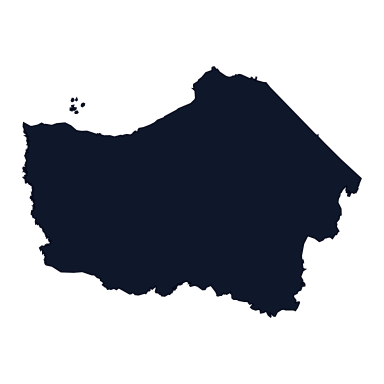 Rembang, Jawa Tengah, Indonesia
{"feature_id": "22746128B94981829239468", "entity_name": "Rembang", "entity_type": "district", "adm_level": 2, "iso_a3": "IDN", "parent_name": "Indonesia", "parent_adm1": "Jawa Tengah", "projection": "robinson", "projection_center": [111.414, -6.77], "detail": "fine", "context": "isolated", "style": "filled", "palette": "ink", "viewbox_px": 384, "rotation_deg": 0, "n_neighbors": 0, "source": "geoboundaries", "source_scale": "gbopen_adm2", "svg_char_len": 5866}
<svg xmlns="http://www.w3.org/2000/svg" viewBox="0 0 384 384"><path d="M275.1,316.1L277.1,312.1L281.4,309.4L283.3,309.0L285.7,309.7L293.5,309.7L295.3,310.5L297.3,307.5L299.3,302.8L299.0,302.0L295.4,302.8L295.7,300.2L293.3,297.1L293.6,294.8L297.1,293.2L297.2,292.1L298.6,290.7L300.7,290.0L301.9,286.2L304.7,285.8L304.7,284.1L303.4,282.4L301.5,283.5L302.6,280.3L300.5,276.7L302.8,270.8L305.1,269.3L303.4,269.0L302.7,267.8L302.0,262.9L303.4,262.7L303.0,260.3L302.2,260.4L301.4,258.5L301.3,255.5L303.5,243.7L307.6,235.5L315.0,238.1L319.4,241.4L323.0,239.8L324.6,237.8L326.4,237.7L328.2,236.7L329.0,237.1L329.8,236.4L332.4,238.5L335.0,234.5L336.5,234.4L337.6,232.0L338.7,231.2L336.2,226.8L336.7,224.1L335.7,223.0L338.9,219.0L339.5,215.4L341.0,214.9L340.8,208.8L337.7,202.6L338.2,198.6L339.6,196.0L340.1,192.8L341.1,192.2L342.4,189.7L345.0,186.9L346.5,186.2L346.8,186.9L346.0,190.1L346.5,190.4L346.5,192.3L347.4,192.7L348.8,191.1L349.2,191.5L347.7,195.4L348.0,195.9L349.5,196.1L350.7,192.8L352.3,192.3L353.9,193.2L355.0,192.4L355.8,192.6L357.9,188.7L357.4,187.5L358.8,184.8L358.4,183.2L359.0,183.4L361.0,178.5L340.4,159.5L323.6,142.8L317.8,136.7L317.8,135.2L317.0,135.8L315.1,134.4L269.7,87.6L265.9,82.8L263.8,82.8L255.7,80.6L256.5,77.4L256.2,77.3L255.5,80.2L255.0,80.1L255.2,78.9L254.9,79.7L253.8,79.4L252.0,78.7L252.1,77.8L251.4,77.5L251.1,78.5L249.8,78.9L241.2,75.0L238.9,74.6L237.5,75.3L235.6,75.0L235.0,76.3L232.7,76.3L231.6,77.1L229.2,77.5L226.1,76.7L219.5,72.3L217.3,69.3L215.8,69.5L214.4,67.1L213.1,67.1L212.2,67.8L212.2,70.6L206.0,72.8L202.0,77.6L198.8,80.0L198.2,81.6L193.9,84.3L193.7,86.3L194.2,88.2L194.1,88.9L193.2,88.8L195.2,90.6L195.7,98.0L195.1,99.6L190.9,103.7L178.5,108.9L176.7,110.4L164.7,116.8L164.2,117.8L157.6,120.3L154.9,122.8L150.3,125.2L143.6,127.8L139.1,128.6L139.3,129.2L138.2,130.0L138.1,131.8L135.8,132.3L135.7,131.4L135.1,131.3L133.2,133.0L133.3,133.5L130.6,135.2L126.7,134.7L123.3,135.5L123.2,136.2L120.7,135.5L114.4,137.2L110.1,135.9L104.0,136.0L100.2,134.8L100.4,134.1L99.5,133.8L99.3,134.4L97.3,133.9L96.6,135.3L95.3,134.1L87.0,131.4L81.5,131.6L76.4,130.8L70.8,126.0L65.0,123.1L56.6,123.9L51.8,125.6L45.6,124.5L44.7,124.9L41.6,123.3L38.1,125.2L31.9,126.6L30.2,126.5L23.7,122.9L23.3,126.4L24.5,129.3L24.0,132.0L25.0,133.1L25.6,131.9L26.1,133.5L26.9,133.7L26.5,135.1L25.4,135.6L27.7,136.2L26.5,136.7L27.9,138.0L27.2,138.8L27.9,139.7L27.1,140.7L28.3,141.1L28.7,140.4L29.5,141.1L28.2,142.1L27.2,141.3L27.9,143.9L27.3,144.6L28.6,144.8L28.7,145.7L29.8,146.3L28.3,145.7L28.3,148.7L27.3,149.1L27.6,150.2L26.4,150.3L27.5,152.2L26.3,152.1L25.8,153.3L26.2,153.8L24.9,155.6L26.9,160.6L25.8,162.8L26.1,163.8L25.3,164.2L25.2,165.7L26.1,165.9L25.9,167.1L24.9,168.0L23.7,167.3L23.0,168.0L23.2,169.0L24.2,169.8L23.6,171.2L24.5,170.8L24.9,171.5L25.8,170.0L25.8,171.1L26.9,171.5L25.8,172.5L27.0,172.7L26.3,174.1L27.0,175.1L24.9,175.6L25.4,176.9L23.4,177.4L26.3,180.3L25.4,180.7L25.7,183.4L26.2,182.0L26.9,182.4L27.7,181.8L29.4,183.4L29.0,183.7L29.5,184.2L31.0,183.9L30.8,185.0L32.4,185.7L32.3,186.7L33.1,187.1L32.3,188.1L33.5,189.4L32.6,189.9L32.8,192.2L32.1,192.3L32.6,192.7L31.9,193.3L32.2,195.5L32.8,195.8L31.8,196.8L30.9,196.5L30.4,197.9L31.6,199.2L32.0,198.5L32.0,200.0L33.2,199.4L34.2,200.7L33.2,201.0L33.2,201.7L34.6,203.3L33.7,204.5L34.0,205.6L32.9,205.9L34.8,207.5L34.1,208.5L33.3,208.1L33.2,210.5L31.8,210.9L31.4,214.2L32.9,215.4L32.9,217.0L36.1,218.8L35.5,221.5L35.8,223.8L36.8,223.0L37.5,224.4L38.8,223.8L40.4,227.1L42.0,227.2L42.5,228.8L43.7,229.4L43.0,230.2L43.5,231.6L44.8,232.3L45.3,234.0L45.9,234.1L45.9,236.1L47.0,236.5L46.7,237.9L48.9,237.5L49.4,239.0L48.7,239.5L49.3,241.2L50.7,240.9L50.2,241.5L50.5,243.4L48.6,244.8L48.2,244.4L48.0,245.2L47.2,244.7L47.3,245.3L46.5,245.7L45.3,244.5L45.6,245.3L44.2,246.7L42.0,246.1L39.7,247.9L40.7,250.1L41.1,249.3L42.6,250.1L42.8,253.7L44.1,253.1L44.9,254.2L44.6,255.3L45.7,256.7L44.9,258.4L45.1,259.7L44.4,260.0L45.9,262.4L44.9,262.4L45.3,263.8L46.3,264.8L52.1,266.0L61.0,271.7L73.9,272.1L82.3,271.4L91.7,274.6L94.5,274.7L97.3,277.4L100.5,278.4L100.7,280.4L103.5,282.2L103.7,283.5L102.6,284.8L105.3,286.9L106.1,286.7L107.6,289.2L109.4,288.7L110.8,289.3L113.9,288.1L116.5,289.5L118.3,287.9L119.4,288.0L129.6,293.8L131.1,293.6L132.1,292.6L134.5,293.3L135.0,294.4L138.4,294.8L144.7,293.0L145.8,293.5L147.7,290.6L149.1,290.8L149.9,290.1L149.9,288.2L151.2,288.0L152.2,289.1L155.5,286.2L156.5,287.8L155.5,291.5L156.0,292.5L158.5,292.8L159.9,294.2L160.7,293.9L161.7,295.7L164.8,296.0L168.1,294.0L169.7,294.3L170.6,293.0L171.8,292.7L173.4,289.4L172.5,288.0L173.4,287.7L174.5,289.8L175.0,289.7L175.1,288.9L176.4,287.9L175.3,286.5L176.6,286.4L178.0,284.1L178.5,284.0L178.4,284.7L179.3,284.1L179.9,284.8L181.1,284.4L181.4,284.1L180.8,283.8L182.1,283.7L182.0,283.0L186.1,281.0L189.5,282.5L188.9,283.4L190.5,283.1L189.8,285.5L190.5,286.2L194.5,285.1L197.5,285.9L202.6,289.6L205.0,289.4L206.3,287.1L211.0,285.2L215.9,291.7L217.1,294.3L217.0,295.5L218.2,295.9L219.8,295.1L221.3,295.3L223.5,293.2L224.3,293.9L225.9,293.6L226.7,294.2L230.4,292.0L230.6,293.2L232.0,294.5L232.1,297.9L233.4,299.1L237.0,299.3L239.0,300.3L244.4,301.3L248.3,301.3L248.4,302.5L249.7,304.1L251.7,303.4L253.2,304.4L250.7,307.3L252.3,308.7L255.6,309.9L259.1,309.1L260.8,310.8L260.4,311.8L260.7,312.9L264.0,312.3L264.9,311.1L266.8,311.9L268.3,315.0L270.6,316.9L270.9,316.5L270.1,313.2L271.5,313.7L273.8,316.0L275.1,316.1ZM82.3,106.6L84.1,105.4L84.4,103.8L83.2,103.3L81.7,104.3L81.5,106.0L82.3,106.6ZM74.2,110.1L75.8,109.0L76.0,108.0L73.3,107.8L72.9,110.0L74.2,110.1ZM72.9,101.3L73.8,99.9L73.1,98.6L72.3,98.5L71.4,100.6L72.0,101.5L72.9,101.3ZM71.9,110.7L72.3,108.6L70.4,108.2L70.3,110.1L71.9,110.7ZM76.9,113.3L77.9,112.4L77.1,111.2L75.8,111.5L75.1,112.5L75.3,113.2L76.9,113.3ZM73.2,106.8L73.6,105.4L71.8,105.8L72.1,106.9L73.2,106.8ZM76.5,100.6L77.2,99.9L76.7,98.4L75.7,100.0L76.5,100.6Z" fill="#0f172a" stroke="#020617" stroke-width="1.5"/></svg>